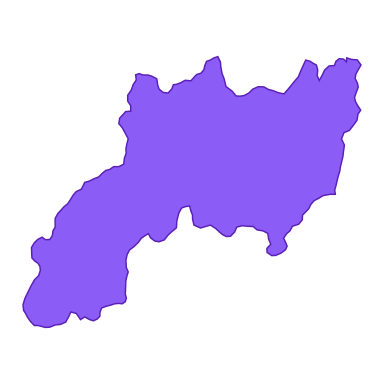 Cachoeira de Minas, Minas Gerais, Brazil (Albers equal-area conic projection)
{"feature_id": "56859067B68641329278226", "entity_name": "Cachoeira de Minas", "entity_type": "district", "adm_level": 2, "iso_a3": "BRA", "parent_name": "Brazil", "parent_adm1": "Minas Gerais", "projection": "albers", "projection_center": [-45.796, -22.373], "detail": "fine", "context": "isolated", "style": "filled", "palette": "violet", "viewbox_px": 384, "rotation_deg": 0, "n_neighbors": 0, "source": "geoboundaries", "source_scale": "gbopen_adm2", "svg_char_len": 3057}
<svg xmlns="http://www.w3.org/2000/svg" viewBox="0 0 384 384"><path d="M344.4,145.1L341.5,138.9L344.0,132.6L349.3,130.5L353.5,125.1L357.0,120.3L358.0,114.0L360.7,110.2L357.8,105.8L355.6,101.9L354.5,97.6L356.1,92.8L358.2,87.2L357.5,83.3L355.1,78.4L355.9,74.0L358.0,70.2L361.0,65.0L357.3,59.9L351.5,59.4L346.8,57.9L346.4,61.8L343.5,59.1L339.2,58.7L335.9,61.4L334.5,65.5L329.0,66.0L324.7,70.0L322.2,75.2L319.3,80.5L317.2,75.6L317.7,70.0L316.4,65.0L313.1,63.3L310.0,61.2L305.7,60.1L302.9,66.2L300.7,71.1L298.3,76.9L294.5,81.3L291.2,85.4L287.8,89.5L284.0,93.9L278.2,92.7L273.2,90.7L268.5,89.5L263.9,86.9L258.3,86.7L253.0,89.0L248.7,93.1L244.3,95.5L240.1,96.2L236.0,95.9L232.3,91.3L226.0,86.5L224.1,78.8L222.1,73.6L220.9,67.6L220.4,62.0L217.8,56.6L213.5,58.1L210.3,60.1L206.6,61.3L204.8,65.6L203.9,69.7L201.0,73.2L196.7,74.5L194.0,77.3L190.9,80.8L185.1,80.3L180.8,82.7L176.9,84.2L173.3,84.8L171.9,88.8L168.1,93.0L163.0,92.4L159.0,89.0L157.6,84.6L156.8,78.8L152.0,76.3L148.1,75.0L142.9,75.0L139.2,73.6L135.7,74.8L136.2,80.0L133.2,84.6L131.3,90.0L127.7,95.3L127.7,101.1L130.7,105.7L130.7,111.2L125.6,111.6L123.0,114.6L119.7,118.1L118.8,123.6L122.4,127.9L125.7,134.0L128.2,138.8L126.8,144.3L125.9,149.1L126.2,153.2L124.4,158.1L123.7,164.2L118.9,166.6L113.6,166.7L109.8,169.4L105.7,170.5L102.3,173.3L98.7,176.9L93.4,179.0L89.4,181.1L84.7,182.4L81.5,189.1L76.2,191.6L73.0,195.4L69.8,200.6L67.7,203.8L64.0,206.7L61.5,209.6L57.9,213.4L55.2,218.4L55.1,222.8L55.2,227.0L53.0,230.9L52.3,235.7L49.8,239.5L45.4,239.7L42.1,237.2L37.6,239.5L34.1,243.1L31.5,247.5L31.7,253.2L32.0,258.0L34.6,260.9L38.1,263.4L40.0,266.7L40.3,270.6L38.6,275.7L34.5,279.8L31.1,285.8L28.8,290.4L27.1,294.0L25.1,298.0L23.0,304.7L23.6,310.3L25.7,313.6L27.4,317.0L30.5,321.5L34.4,325.5L38.1,325.5L41.6,326.4L45.1,327.4L49.7,327.2L55.3,324.9L60.5,324.4L65.6,322.2L68.6,316.8L70.8,312.0L76.3,313.4L80.5,319.6L84.7,316.9L89.4,319.5L93.4,320.8L97.3,319.0L99.8,316.3L100.0,312.1L101.6,308.0L106.4,306.2L111.1,305.0L114.7,303.8L118.5,303.4L122.2,303.8L125.2,301.8L126.4,298.1L125.3,294.1L125.5,289.8L125.8,281.1L127.0,275.7L128.2,271.9L126.3,267.5L125.9,260.2L127.1,254.6L129.5,250.0L134.0,246.6L138.5,242.2L141.3,238.2L145.3,235.5L148.4,233.6L150.5,237.8L154.7,241.0L159.0,241.8L164.3,239.9L167.9,235.3L171.7,231.7L176.4,227.8L176.9,220.4L178.9,212.9L181.6,208.0L185.5,206.6L189.6,206.0L190.9,211.0L192.5,215.0L192.6,219.4L194.0,225.1L200.5,228.0L206.3,226.3L210.4,225.1L215.5,228.3L219.7,232.2L222.5,234.6L226.3,236.5L230.4,236.3L234.5,232.2L236.8,227.1L242.2,225.7L248.2,226.3L253.1,226.5L257.1,229.9L263.1,230.9L267.8,233.4L268.7,239.3L270.8,244.3L266.9,248.3L267.1,252.5L271.8,255.6L275.7,255.4L280.9,253.2L285.5,249.8L287.1,246.2L285.7,242.6L283.6,238.2L286.6,233.7L289.9,230.9L292.5,226.2L298.7,224.2L302.3,219.8L302.5,215.1L305.1,212.5L308.7,208.8L310.7,204.6L314.2,200.6L319.0,198.1L323.1,195.6L330.1,194.3L335.3,194.3L334.7,190.0L335.9,185.9L337.2,180.3L338.4,175.5L339.7,171.5L340.4,166.7L341.6,161.9L342.9,156.6L343.5,151.2L344.4,145.1Z" fill="#8b5cf6" stroke="#5b21b6" stroke-width="1.5"/></svg>